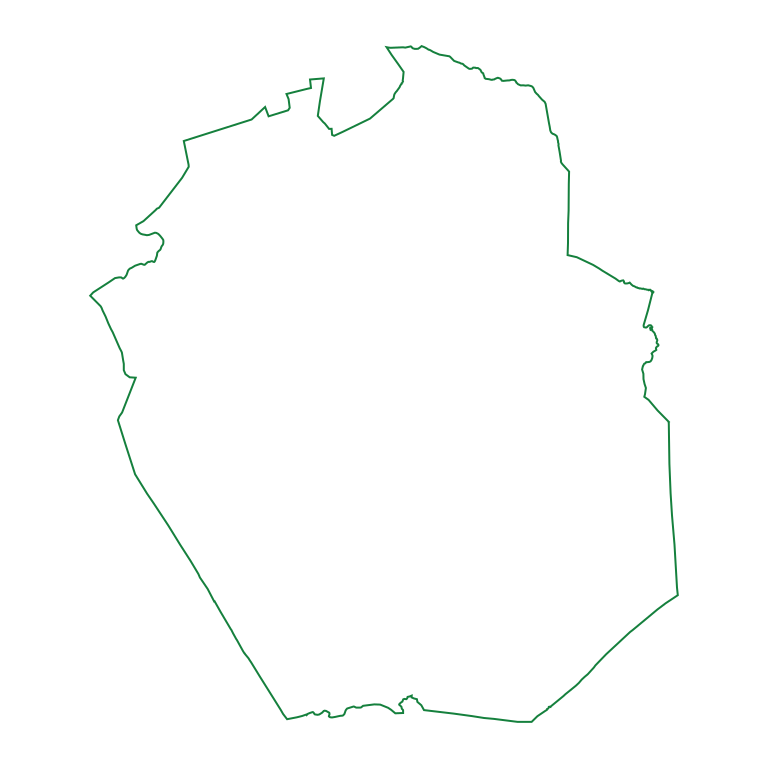 Blomes pag., Smiltenes, Latvia (Albers equal-area conic projection)
{"feature_id": "27541924B40520684233184", "entity_name": "Blomes pag.", "entity_type": "district", "adm_level": 2, "iso_a3": "LVA", "parent_name": "Latvia", "parent_adm1": "Smiltenes", "projection": "albers", "projection_center": [25.744, 57.45], "detail": "fine", "context": "isolated", "style": "outline", "palette": "green", "viewbox_px": 768, "rotation_deg": 0, "n_neighbors": 0, "source": "geoboundaries", "source_scale": "gbopen_adm2", "svg_char_len": 6017}
<svg xmlns="http://www.w3.org/2000/svg" viewBox="0 0 768 768"><path d="M128.1,270.5L126.6,274.8L125.4,276.7L124.4,277.8L123.4,278.5L122.7,278.5L121.8,277.8L121.1,277.4L119.0,277.4L115.0,278.1L108.5,282.5L93.2,292.4L90.2,295.7L100.7,306.3L101.6,307.9L102.6,310.5L105.6,316.6L108.3,323.3L111.0,329.1L112.7,332.2L119.7,348.2L121.4,351.4L121.9,352.6L123.2,360.6L123.8,363.9L123.8,370.2L125.5,374.2L129.7,377.3L135.7,377.7L122.1,412.5L119.3,416.4L117.9,420.2L125.2,443.5L135.1,474.3L147.1,493.7L154.0,503.8L168.3,525.5L180.2,544.8L190.5,560.8L198.4,574.0L199.9,577.5L207.7,589.0L214.2,601.5L214.6,601.3L220.7,612.1L230.8,629.2L231.3,629.8L233.1,633.4L236.2,639.0L236.9,640.0L242.9,650.9L244.4,653.3L244.8,653.5L244.9,653.9L248.6,658.4L249.6,660.1L251.1,662.3L260.0,676.8L280.7,709.8L283.1,714.0L287.1,719.2L296.9,717.3L302.1,716.0L306.4,714.5L306.7,715.0L307.7,713.9L309.8,713.0L312.5,712.1L313.1,712.2L313.7,712.8L314.6,714.2L314.9,714.4L317.5,714.8L319.2,714.5L322.1,712.7L323.7,711.0L324.5,710.7L326.0,710.9L329.2,712.7L329.4,713.1L329.5,714.3L328.9,716.0L328.9,716.4L329.8,717.1L331.1,717.4L332.4,717.4L335.3,716.9L338.0,716.3L340.3,715.8L342.2,715.7L343.1,715.4L344.4,714.0L345.7,710.3L346.7,709.0L347.2,708.5L353.6,706.5L353.9,706.5L356.2,707.6L360.2,707.6L361.1,707.4L363.1,705.8L374.3,704.4L380.2,704.6L388.1,707.8L391.1,709.8L395.3,713.3L403.1,713.0L403.1,710.3L403.0,710.0L402.7,709.6L402.1,709.1L401.8,708.6L401.4,706.7L399.2,704.7L399.5,703.8L401.4,702.2L402.4,701.6L402.7,700.6L403.3,699.3L404.5,698.9L406.2,699.2L407.1,698.5L407.6,696.9L409.5,696.5L411.7,695.6L411.6,697.4L413.8,698.4L416.9,699.2L417.4,701.9L421.3,705.2L424.0,710.1L453.7,713.6L472.0,716.1L484.1,718.0L494.0,718.9L517.8,721.9L531.6,721.9L537.4,716.2L545.7,710.6L546.8,710.0L547.0,709.1L548.1,708.6L548.6,707.9L548.8,706.9L549.3,706.7L550.5,707.0L550.7,706.5L563.5,696.0L565.4,694.2L575.9,685.7L578.9,682.9L581.7,679.6L584.6,676.9L587.8,674.2L593.9,667.5L595.4,665.4L606.1,654.3L630.1,632.0L632.6,630.1L657.4,609.5L665.6,603.3L677.8,595.2L677.0,587.6L674.5,544.7L672.0,515.3L670.6,493.3L669.4,463.8L668.8,423.6L668.6,422.3L668.9,422.0L657.5,410.4L648.6,399.9L644.3,396.8L645.0,394.2L645.9,388.0L644.6,384.1L643.5,379.1L643.4,373.8L642.1,369.5L642.9,366.1L643.1,366.0L643.9,364.2L644.4,363.6L645.4,363.3L645.7,362.7L646.2,362.1L648.0,362.1L649.5,361.9L650.6,361.3L651.5,360.0L652.2,358.2L652.5,356.5L652.5,355.5L651.6,353.5L653.4,351.7L655.5,350.5L656.3,349.9L655.9,348.1L656.4,347.2L657.1,346.5L657.8,346.1L658.4,345.5L658.4,344.8L657.7,343.9L657.1,343.6L656.7,343.0L656.7,342.1L657.3,340.3L657.2,339.8L656.9,339.0L656.6,338.5L656.1,338.4L655.7,335.9L655.1,335.0L654.8,333.6L654.0,332.4L652.2,330.6L652.2,329.8L651.7,329.6L651.5,329.4L650.6,329.8L650.1,328.1L650.3,327.7L650.9,327.8L651.1,328.7L651.5,328.7L651.9,328.3L652.0,327.8L652.3,327.2L652.0,327.0L651.7,326.2L651.0,325.4L650.1,325.2L649.0,325.3L648.2,325.9L647.0,327.1L646.0,327.6L644.1,327.2L643.8,326.8L643.6,325.8L643.7,324.9L648.0,310.2L652.2,293.6L652.2,292.8L652.6,292.5L653.2,292.5L653.4,292.1L652.8,291.7L652.8,291.4L652.3,291.1L651.5,291.5L651.3,291.3L651.1,290.5L650.0,289.7L649.3,290.1L648.6,290.2L648.4,289.8L646.9,289.7L645.8,289.3L644.3,289.2L643.7,288.8L643.1,288.6L642.4,288.9L640.3,288.4L639.6,288.5L639.2,288.4L638.9,288.1L638.0,288.0L637.2,287.7L637.0,287.4L636.3,287.4L634.4,286.3L633.1,285.9L631.5,284.6L629.7,282.6L628.9,283.0L627.5,283.4L625.9,283.5L624.9,283.4L624.3,282.9L624.0,282.3L624.0,281.5L623.3,280.4L622.2,280.5L620.4,281.1L619.9,281.5L618.9,281.1L615.5,278.6L602.4,270.7L599.3,268.6L593.1,264.9L576.8,257.2L567.6,255.1L568.0,243.1L568.1,223.2L568.6,210.7L568.8,184.0L569.1,171.6L562.5,164.3L561.3,162.7L560.9,161.7L561.0,160.7L559.6,151.8L558.4,145.2L558.6,144.1L558.0,142.0L558.1,141.1L557.7,139.9L557.1,137.1L556.7,136.1L555.4,135.0L553.9,134.2L552.5,133.7L551.1,132.4L550.3,130.5L549.7,126.7L549.0,123.2L545.6,103.8L544.6,101.8L542.0,99.6L538.9,96.1L537.9,94.8L536.7,93.8L535.1,92.0L533.4,88.0L532.6,87.0L531.9,86.4L530.9,86.0L528.2,85.3L525.6,85.6L523.3,85.3L520.7,85.4L518.0,84.2L517.0,83.1L516.4,82.7L516.2,82.4L516.1,81.8L515.1,80.5L514.5,80.1L512.8,79.8L511.3,79.9L509.4,80.4L507.1,80.5L503.3,80.9L501.9,80.7L501.1,79.5L500.4,78.7L498.4,77.9L497.6,77.8L495.2,78.8L494.3,79.4L492.7,79.6L492.2,79.8L491.3,79.8L489.0,79.2L485.7,78.8L484.7,78.1L484.6,77.9L484.6,77.5L483.4,74.3L483.2,73.3L481.7,72.4L480.4,69.8L478.1,68.1L477.1,68.0L476.1,68.1L475.3,67.7L473.4,67.6L473.0,67.7L472.3,68.5L471.8,68.7L469.8,68.9L468.8,68.6L464.1,65.3L463.4,64.4L462.5,63.8L460.9,63.5L459.5,62.7L458.5,62.5L454.1,60.9L450.1,56.8L449.4,56.3L439.5,54.6L433.1,51.9L430.8,50.5L429.4,49.8L428.6,49.7L426.5,48.3L424.2,47.1L421.6,46.1L419.7,47.7L418.0,48.8L414.8,48.9L412.6,48.2L411.3,46.7L410.7,46.4L405.3,47.6L403.0,47.3L390.7,47.8L388.7,47.6L386.6,47.2L391.6,54.9L398.4,64.4L403.6,71.9L403.0,78.5L402.7,80.6L403.0,81.3L402.6,82.0L402.4,82.7L401.6,83.3L401.5,84.1L401.1,84.3L400.0,86.1L399.6,87.2L396.7,91.2L396.0,91.9L394.8,93.6L394.3,94.6L393.8,97.0L393.7,98.0L393.1,98.8L370.0,118.6L342.6,131.9L334.2,135.8L332.1,134.9L331.6,128.8L329.1,128.9L324.8,123.5L323.2,122.1L317.8,115.9L319.9,101.5L323.8,78.4L310.0,79.5L311.0,88.0L306.9,88.9L286.5,94.0L288.6,99.1L289.7,107.8L288.1,110.3L268.6,116.3L265.1,107.0L251.6,119.5L183.8,141.0L188.6,164.8L188.7,166.8L182.1,177.8L159.1,207.7L156.7,208.8L156.1,209.6L143.5,221.1L136.2,225.3L136.7,228.9L137.2,230.2L139.2,232.6L140.5,233.6L141.4,234.0L142.6,234.4L145.0,234.8L146.9,235.2L149.1,234.9L154.9,232.7L156.3,232.9L158.1,233.8L158.8,234.4L160.3,236.0L162.5,238.8L163.0,239.6L163.3,240.1L163.4,241.8L163.2,243.8L162.9,244.5L162.6,245.1L161.7,246.2L161.4,246.8L160.6,249.1L160.2,249.8L158.7,251.0L157.5,252.3L157.3,252.7L156.9,255.7L155.6,259.4L155.1,260.7L154.6,261.6L154.1,262.0L153.3,261.8L152.2,261.2L151.4,261.2L149.6,261.9L148.4,261.9L147.4,262.4L144.9,264.6L144.7,264.8L143.7,264.7L141.4,263.8L140.3,263.9L135.1,265.7L131.5,267.9L130.0,268.5L128.9,269.5L128.1,270.5Z" fill="none" stroke="#15803d" stroke-width="2"/></svg>